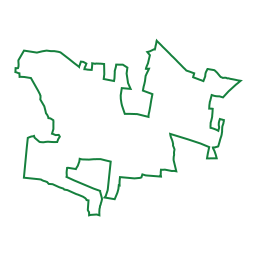 the district of Kantunil, Yucatán, Mexico
{"feature_id": "50627088B31709995716796", "entity_name": "Kantunil", "entity_type": "district", "adm_level": 2, "iso_a3": "MEX", "parent_name": "Mexico", "parent_adm1": "Yucatán", "projection": "albers", "projection_center": [-88.955, 20.752], "detail": "fine", "context": "isolated", "style": "outline", "palette": "green", "viewbox_px": 256, "rotation_deg": 0, "n_neighbors": 0, "source": "geoboundaries", "source_scale": "gbopen_adm2", "svg_char_len": 5758}
<svg xmlns="http://www.w3.org/2000/svg" viewBox="0 0 256 256"><path d="M216.7,158.3L215.7,154.6L215.1,152.9L214.5,151.1L213.1,148.4L212.9,147.5L213.7,147.4L214.0,147.4L214.4,147.4L215.0,147.4L215.4,147.3L215.7,147.1L216.4,146.9L216.7,146.9L217.7,146.6L218.2,146.4L218.5,145.4L218.8,144.5L218.9,144.0L219.1,143.4L219.6,141.7L220.1,139.7L220.4,138.8L220.5,138.4L220.8,137.5L221.0,136.9L221.2,136.5L221.3,135.9L221.4,135.6L221.6,134.9L221.7,134.4L221.9,132.8L222.1,131.8L222.1,130.9L222.1,130.3L222.1,129.9L222.2,128.8L222.2,127.9L222.3,127.3L222.3,127.0L222.3,126.7L222.5,126.0L222.5,125.8L222.9,124.9L223.1,124.2L223.4,123.3L223.6,121.9L223.8,121.4L223.7,120.8L223.9,120.1L222.8,119.8L222.5,119.7L220.9,119.3L219.9,119.0L219.6,120.0L219.3,120.8L219.1,121.7L218.9,122.4L218.8,123.2L218.8,123.8L218.8,124.3L218.7,124.8L218.8,125.6L219.0,126.3L219.1,127.2L219.1,127.7L219.0,128.3L218.9,128.7L218.7,129.1L218.3,130.8L217.4,130.3L216.2,129.7L214.2,128.9L213.1,128.5L212.1,128.2L211.1,127.9L210.6,127.9L210.5,126.9L210.5,126.2L210.5,125.8L210.6,124.7L210.6,123.6L210.7,122.5L211.1,121.3L211.7,118.8L211.9,118.0L212.1,117.0L212.2,116.4L212.2,115.6L212.3,114.7L212.3,114.3L212.4,113.6L212.5,112.2L212.6,110.9L212.6,110.1L212.7,108.8L212.1,108.7L211.5,108.7L211.0,108.7L209.7,108.6L209.2,108.6L209.3,107.1L209.3,106.1L209.4,105.4L209.4,105.0L209.5,104.4L209.7,103.1L209.8,102.0L209.9,101.7L210.1,101.1L210.3,100.5L211.7,95.0L212.4,95.2L214.0,95.8L214.6,95.9L215.5,96.1L216.1,96.2L217.5,96.3L217.9,96.3L218.6,96.3L219.3,96.3L223.0,97.4L228.6,91.3L230.7,89.4L236.2,84.4L237.9,83.1L240.6,80.8L237.5,80.3L235.9,79.9L233.4,79.4L230.1,78.8L228.5,78.3L227.3,78.4L226.4,77.9L225.7,77.8L225.1,77.7L222.8,77.9L221.8,77.4L220.9,77.1L220.2,76.5L217.1,72.7L214.8,70.5L214.1,70.1L209.3,69.3L207.9,69.0L207.5,69.0L205.8,72.4L205.4,74.0L205.2,76.4L203.4,81.1L203.1,81.0L200.9,80.1L199.6,79.7L198.1,79.1L193.8,77.5L193.5,77.4L193.1,77.2L193.4,76.0L194.0,74.2L194.2,73.3L192.7,72.8L189.8,71.7L187.1,70.8L186.3,70.5L185.5,69.6L185.1,69.2L183.4,67.6L180.9,65.0L180.0,64.1L178.4,62.5L177.5,61.6L176.3,60.3L172.8,56.8L172.3,56.4L170.6,54.7L170.0,54.0L167.5,51.5L166.5,50.5L165.9,49.9L162.3,46.4L161.7,45.7L160.6,44.6L158.6,42.6L157.2,41.3L156.7,40.7L156.5,41.4L156.3,42.8L156.1,44.0L155.8,45.1L155.6,45.8L155.2,48.1L155.0,48.9L154.8,49.5L154.0,49.3L153.2,49.7L149.7,51.4L147.3,52.0L149.9,55.2L149.1,58.5L148.2,62.3L148.0,63.3L147.8,63.7L147.0,65.6L146.8,66.0L146.4,67.2L146.0,68.2L145.9,68.8L146.6,68.9L147.0,68.8L149.0,68.7L148.6,69.7L147.2,72.5L146.3,74.4L145.9,75.4L145.7,75.7L145.6,76.1L145.0,81.0L144.3,84.2L143.9,85.7L143.7,86.3L143.6,86.8L142.9,90.6L152.4,94.1L152.2,95.5L152.0,96.2L151.9,96.6L151.8,97.5L151.5,98.8L151.3,99.9L150.5,104.8L150.5,105.0L149.3,111.6L148.9,113.3L148.7,114.2L148.6,115.0L148.5,115.8L148.5,116.9L137.2,114.1L130.6,113.9L124.8,113.9L122.0,105.6L121.5,103.4L121.4,102.9L120.8,98.9L120.7,95.3L121.8,88.1L130.6,88.9L128.1,83.2L127.9,82.5L127.9,82.0L126.6,73.5L127.4,67.6L122.9,64.7L116.2,64.6L115.9,66.8L114.7,71.2L114.8,71.8L114.5,77.9L114.4,78.9L114.3,79.2L114.2,80.0L114.0,81.0L103.7,79.0L103.9,77.5L104.0,76.9L104.0,76.7L104.0,76.4L104.3,74.4L104.1,64.0L100.9,63.7L100.2,63.7L98.1,63.6L96.9,63.6L96.2,63.5L95.7,63.6L95.3,63.8L94.9,63.8L94.2,63.6L93.5,63.5L92.2,63.3L92.2,65.0L92.0,67.3L91.8,69.0L91.7,69.9L89.6,69.8L87.3,69.6L85.9,69.3L84.4,69.2L84.8,67.3L85.3,66.5L85.8,65.3L86.4,63.6L83.3,61.9L80.9,61.6L79.5,65.8L79.1,66.2L79.0,66.6L79.0,66.8L78.0,66.0L74.3,63.2L69.2,59.1L60.5,52.4L59.8,52.2L58.4,51.8L54.1,51.1L50.6,51.1L46.6,50.6L42.3,51.3L36.9,52.6L24.0,50.6L18.4,60.3L18.4,61.5L18.6,64.7L18.5,66.0L18.5,66.3L18.5,66.5L18.0,68.1L17.1,68.2L15.6,68.1L15.4,72.1L16.3,72.3L18.6,73.2L19.4,73.3L19.6,76.9L20.5,76.8L24.4,77.0L29.9,77.9L30.9,78.0L38.1,90.7L40.0,94.4L40.3,95.5L40.5,95.7L40.5,97.7L40.3,99.5L44.3,106.3L45.5,111.0L46.0,113.3L47.1,114.7L47.5,115.5L48.2,116.9L48.4,118.1L50.4,118.4L53.3,120.2L53.5,122.1L53.4,122.5L53.4,129.1L52.0,133.7L53.3,134.1L55.6,135.1L58.7,134.9L59.0,135.2L59.8,136.7L58.2,139.2L57.2,142.0L54.7,142.1L51.8,142.0L48.0,141.7L45.8,141.9L43.4,142.3L40.7,142.1L39.5,141.9L34.6,137.7L34.0,135.9L33.0,136.3L31.3,136.5L29.4,137.2L27.8,137.9L26.8,147.3L23.9,177.7L39.5,179.3L41.2,179.6L41.9,180.1L43.4,180.8L45.2,181.3L47.2,182.1L48.7,183.9L52.6,184.2L59.4,187.3L63.4,188.6L64.3,189.6L65.7,189.8L67.4,190.1L76.3,194.1L77.9,194.6L83.0,196.7L85.3,198.2L86.5,199.6L86.6,200.1L88.5,200.4L87.8,210.0L88.6,211.6L89.0,212.1L89.1,212.6L89.1,215.3L90.7,214.9L96.7,214.5L99.4,215.3L99.3,212.4L99.5,208.9L99.9,207.4L100.0,206.0L100.6,204.7L101.0,202.9L101.4,201.8L102.0,199.2L101.7,197.4L100.1,191.5L100.1,190.9L93.6,188.6L74.1,180.4L66.5,176.9L66.8,175.7L66.7,174.2L66.6,172.8L66.7,171.2L67.1,167.9L68.0,167.8L75.0,168.9L75.9,169.1L76.5,167.8L77.8,165.8L79.0,162.4L79.3,161.7L79.7,158.8L82.0,159.4L89.0,159.6L93.8,159.2L100.5,159.1L105.6,160.4L110.7,161.6L107.8,189.2L107.6,190.4L105.7,196.1L104.6,197.5L114.7,199.2L117.4,192.7L118.4,189.0L118.8,185.2L119.6,185.4L119.5,183.8L119.6,180.9L120.0,177.1L134.4,178.4L140.0,177.9L141.4,177.4L142.4,174.4L145.7,175.4L161.0,176.6L160.9,175.7L160.4,175.2L160.7,174.8L160.8,172.9L160.7,172.4L161.0,169.7L163.1,169.8L163.8,169.7L165.2,169.7L171.8,171.0L174.1,170.9L176.3,171.3L173.6,160.1L173.6,158.7L173.7,157.0L173.8,156.2L174.0,155.6L174.1,154.8L174.1,154.2L174.0,153.2L174.0,152.7L174.1,151.7L174.3,150.6L174.4,150.1L174.5,149.3L174.2,148.5L173.9,147.8L173.8,147.4L173.2,146.1L173.0,145.3L173.0,144.9L173.1,144.4L173.1,143.8L172.9,143.0L172.8,142.7L172.7,142.0L172.1,140.1L171.9,139.6L171.8,139.3L171.6,138.8L171.4,138.4L170.9,137.1L170.7,136.4L170.5,135.8L170.2,133.9L188.1,139.4L200.5,143.5L209.2,147.1L207.9,153.2L207.0,158.4L216.7,158.3Z" fill="none" stroke="#15803d" stroke-width="2"/></svg>